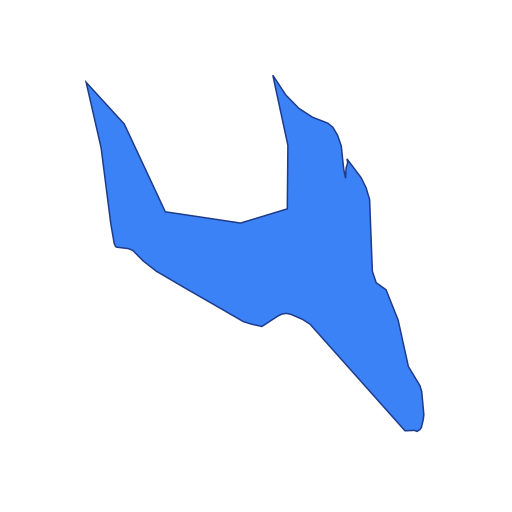 Höfuðborgarsvæði, Robinson projection, rotated 79°
{"feature_id": "ISL-709", "entity_name": "Höfuðborgarsvæði", "entity_type": "Region", "adm_level": 1, "iso_a3": "ISL", "parent_name": "Iceland", "parent_adm1": "", "projection": "robinson", "projection_center": [-21.536, 64.199], "detail": "fine", "context": "isolated", "style": "filled", "palette": "blue", "viewbox_px": 512, "rotation_deg": 79, "n_neighbors": 0, "source": "natural_earth", "source_scale": "10m", "svg_char_len": 839}
<svg xmlns="http://www.w3.org/2000/svg" viewBox="0 0 512 512"><g transform="rotate(79 256 256)"><path d="M81.8,205.0L103.7,196.0L119.2,185.8L130.5,174.1L139.4,160.1L144.3,156.0L153.1,152.9L164.3,151.3L187.2,153.3L196.8,153.3L186.6,150.7L182.1,148.2L178.0,148.2L198.9,138.0L210.1,134.9L222.3,133.7L293.2,144.7L305.2,143.1L313.9,134.8L346.0,128.7L393.6,127.5L414.6,119.8L420.8,119.2L443.7,121.5L448.7,123.1L455.7,126.3L457.7,128.2L458.9,131.4L457.4,133.8L456.0,143.1L333.2,216.0L327.2,222.3L319.9,232.9L318.1,237.2L318.0,242.0L319.3,246.4L326.3,263.7L322.1,273.3L318.0,280.9L273.1,332.7L251.8,356.9L239.3,367.7L227.0,375.9L224.3,380.0L220.8,391.0L220.0,392.0L216.6,392.8L196.7,392.4L120.3,387.4L53.1,389.6L101.4,360.1L195.3,336.6L220.7,265.0L215.7,216.3L153.6,203.6L81.8,205.0Z" fill="#3b82f6" stroke="#1e3a8a" stroke-width="1.5"/></g></svg>